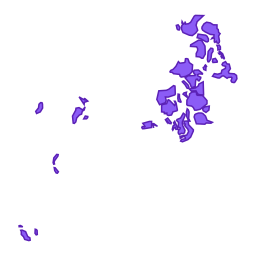 Sinan-gun, South Jeolla, South Korea
{"feature_id": "91817680B46467557111645", "entity_name": "Sinan-gun", "entity_type": "district", "adm_level": 2, "iso_a3": "KOR", "parent_name": "South Korea", "parent_adm1": "South Jeolla", "projection": "orthographic", "projection_center": [125.994, 34.593], "detail": "fine", "context": "isolated", "style": "filled", "palette": "violet", "viewbox_px": 256, "rotation_deg": 0, "n_neighbors": 0, "source": "geoboundaries", "source_scale": "gbopen_adm2", "svg_char_len": 5817}
<svg xmlns="http://www.w3.org/2000/svg" viewBox="0 0 256 256"><path d="M197.2,95.3L196.5,94.2L196.5,92.6L195.7,91.8L191.9,92.1L189.6,93.9L189.4,95.8L186.9,100.2L186.8,104.6L187.4,105.4L191.7,106.1L193.3,107.5L194.6,110.1L196.2,110.2L200.2,109.3L207.0,103.8L207.0,100.6L203.3,96.3L202.3,95.5L197.2,95.3ZM189.3,62.6L188.0,59.0L186.9,58.6L185.5,58.7L185.0,62.2L183.8,62.7L179.9,63.2L178.4,61.6L175.9,66.3L173.3,69.2L170.8,70.4L170.0,71.5L170.2,72.2L172.3,72.4L173.5,73.7L179.5,74.4L180.2,76.4L181.2,77.1L185.5,76.4L189.6,74.4L192.1,71.7L192.6,64.9L189.3,62.6ZM196.1,25.2L197.1,21.7L203.5,15.6L195.3,15.4L194.2,16.2L190.6,22.3L188.5,23.7L185.6,24.1L185.2,21.6L184.7,23.5L183.6,24.1L182.1,21.5L181.9,23.0L182.7,24.4L181.7,25.9L181.5,29.1L183.0,32.5L189.3,35.2L192.3,35.6L195.7,33.0L197.7,30.3L196.1,25.2ZM217.0,24.9L213.3,24.8L210.3,22.9L206.6,22.2L204.0,23.8L202.0,27.0L201.9,28.6L202.6,30.1L205.0,31.8L210.2,34.4L214.0,34.8L213.9,37.2L212.4,37.5L211.7,38.7L213.5,38.0L214.3,38.4L214.3,41.8L214.9,42.4L216.4,41.3L217.0,42.9L218.3,43.3L219.2,42.6L219.5,41.1L218.6,36.0L220.1,33.6L218.7,32.5L218.2,29.5L217.0,28.6L217.0,24.9ZM175.3,94.0L175.0,86.1L173.6,85.6L168.7,89.3L166.3,90.3L158.8,90.8L156.8,99.4L159.6,104.7L165.2,102.8L166.2,100.3L165.4,97.0L168.2,97.1L174.8,94.9L175.3,94.0ZM227.0,63.9L225.5,61.6L222.9,62.9L222.0,64.6L222.7,65.6L225.6,66.3L225.4,68.4L221.9,70.2L221.2,73.2L217.6,74.2L214.3,73.6L212.5,76.3L218.0,78.0L219.6,78.0L222.2,76.0L223.6,75.9L227.1,78.3L228.2,77.5L231.4,77.2L232.0,77.9L231.0,80.8L231.9,82.2L234.1,82.6L235.1,81.9L236.9,78.8L236.5,75.4L234.3,73.8L229.1,73.4L228.4,71.8L230.4,68.7L229.2,64.1L227.0,63.9ZM174.6,105.5L169.5,100.3L168.2,99.7L166.6,103.7L162.2,104.6L161.6,105.6L161.6,111.9L164.2,112.2L164.3,113.3L165.9,113.2L165.3,113.7L166.9,113.8L167.3,115.0L168.6,115.5L171.5,115.0L173.0,111.8L176.9,110.8L177.4,110.1L176.1,103.0L175.2,101.2L174.4,101.2L175.2,102.9L175.2,104.5L174.6,105.5ZM205.0,46.1L201.7,40.5L198.7,40.1L190.7,44.8L190.5,46.4L196.6,46.8L197.6,48.5L197.7,50.3L196.2,53.5L196.2,56.6L199.5,56.9L201.8,58.3L203.0,58.2L205.3,54.1L205.0,46.1ZM202.5,73.4L198.4,70.0L194.2,70.2L193.6,71.2L193.6,72.9L195.2,74.6L195.0,75.5L188.0,75.8L185.2,77.9L190.0,83.7L191.4,87.4L192.5,87.4L195.2,86.5L195.6,81.1L196.2,79.3L197.3,79.1L198.3,80.8L199.1,80.9L200.6,78.6L200.8,77.3L197.9,75.9L197.4,74.7L199.1,73.9L202.4,74.1L202.5,73.4ZM212.4,122.3L207.1,120.3L205.5,116.1L202.8,113.5L201.3,113.0L198.5,113.0L195.7,114.0L194.8,114.7L194.1,117.0L196.4,123.8L204.9,124.2L206.2,123.0L211.0,123.2L212.4,122.3ZM190.6,137.2L193.3,131.1L193.4,129.8L188.6,124.7L188.3,121.6L187.3,121.0L184.2,121.2L184.0,123.8L185.3,124.1L184.8,125.7L187.8,129.1L188.6,131.6L186.7,135.1L180.0,136.3L180.3,138.2L183.1,136.6L184.6,136.6L185.4,137.8L185.4,138.7L181.4,139.5L180.6,141.1L182.5,141.8L187.9,139.6L190.6,137.2ZM184.5,132.7L185.0,130.3L182.8,125.8L182.3,123.2L182.4,121.8L185.0,115.7L185.0,114.4L183.3,113.2L180.6,118.0L177.0,119.5L176.6,120.5L178.6,122.5L178.1,126.8L180.2,127.9L180.0,129.0L178.5,130.1L178.2,132.8L178.7,133.9L179.4,134.5L181.3,133.3L183.4,133.7L184.5,132.7ZM203.6,94.9L203.2,81.8L198.8,84.1L198.4,85.8L195.5,87.9L189.4,89.0L191.1,91.0L196.0,90.8L197.7,93.9L199.5,94.7L203.6,94.9ZM84.1,110.1L85.1,106.8L83.3,109.4L82.1,109.5L79.0,107.6L76.0,108.2L75.7,110.2L72.5,116.1L73.2,123.1L74.3,123.4L75.8,121.9L76.7,118.0L79.4,115.0L81.6,114.1L82.3,111.2L84.1,110.1ZM205.7,35.2L198.1,34.1L197.1,37.7L200.7,38.7L205.9,41.7L207.3,41.9L208.3,41.2L208.5,39.0L207.1,36.3L205.7,35.2ZM28.9,240.6L30.2,240.2L29.9,237.8L27.7,236.5L25.6,231.6L22.1,230.1L20.7,230.3L21.3,231.6L21.3,234.5L23.5,236.7L24.7,239.4L28.9,240.6ZM151.6,127.5L151.6,121.4L149.5,121.4L142.8,123.3L145.0,126.4L144.6,126.9L142.3,126.5L141.8,127.6L142.5,128.7L144.0,128.7L151.6,127.5ZM208.8,61.9L210.9,59.1L211.6,53.5L213.0,51.4L213.0,49.0L212.3,48.4L210.7,48.2L208.2,51.4L207.4,59.7L207.9,61.7L208.8,61.9ZM36.6,113.5L40.3,111.9L42.6,108.1L42.5,104.0L42.0,102.7L40.6,102.6L39.0,104.2L38.5,107.9L35.7,111.4L36.6,113.5ZM206.0,112.4L208.9,110.1L209.3,106.1L204.8,106.9L202.5,108.7L203.3,110.8L206.0,112.4ZM189.9,121.1L188.7,118.5L189.1,112.0L188.3,109.8L187.2,108.8L186.4,112.0L186.7,116.6L188.8,121.1L189.9,121.1ZM178.1,129.2L174.7,121.3L173.6,122.7L174.5,124.9L173.1,125.9L172.3,129.3L172.8,130.2L174.3,127.6L175.2,127.3L175.9,129.4L178.1,129.2ZM85.8,100.2L82.3,98.8L79.1,96.9L84.1,104.5L84.4,102.3L87.8,101.1L85.0,98.7L84.0,98.4L85.8,100.2ZM188.5,88.5L189.0,87.4L188.0,84.9L184.1,81.1L183.3,80.9L182.3,81.8L185.0,84.7L187.1,88.2L188.5,88.5ZM54.5,164.0L54.1,162.2L54.6,160.7L57.9,156.1L58.2,154.6L56.7,154.4L53.8,157.9L53.1,162.6L53.7,164.2L54.5,164.0ZM171.3,122.7L167.7,118.1L165.4,119.7L167.2,122.5L167.4,121.4L169.0,123.4L171.0,123.7L171.3,122.7ZM181.1,101.9L179.5,97.8L179.4,94.4L178.1,94.1L177.8,98.3L178.3,101.2L180.4,102.2L181.1,101.9ZM222.6,53.7L219.7,51.3L219.2,51.6L219.7,53.1L218.6,53.2L219.5,54.4L220.7,54.0L221.8,54.7L221.1,55.9L222.4,56.0L221.4,57.1L221.7,57.9L222.8,57.7L224.0,58.8L224.4,58.2L222.6,53.7ZM217.1,62.2L217.3,61.2L215.4,58.4L212.9,59.0L212.5,61.6L213.0,62.5L217.1,62.2ZM179.4,29.9L179.9,27.3L178.1,24.8L176.3,25.4L177.1,29.0L178.1,29.9L179.4,29.9ZM217.9,50.0L220.4,49.4L220.4,46.9L219.3,45.1L216.9,45.3L217.8,47.2L217.9,50.0ZM58.4,171.8L55.2,167.8L54.2,167.6L54.7,170.6L56.2,173.0L57.4,173.2L58.4,171.8ZM37.3,234.5L37.1,230.4L36.5,229.6L35.2,229.2L35.0,233.3L36.2,234.9L37.3,234.5ZM205.8,70.3L205.9,67.3L206.6,66.4L205.5,64.9L204.8,65.5L205.2,66.2L203.2,67.5L203.8,69.5L205.8,70.3ZM186.9,97.1L187.2,96.2L186.0,94.2L186.5,92.2L184.0,92.9L183.0,94.1L186.9,97.1ZM86.6,118.8L87.7,117.6L87.8,116.5L85.3,116.0L83.7,118.9L86.6,118.8ZM153.8,123.6L152.7,123.7L153.7,127.9L153.0,124.4L157.5,126.3L153.8,123.6ZM22.8,226.8L20.5,225.5L19.1,225.7L19.1,226.7L22.8,226.8Z" fill="#8b5cf6" stroke="#5b21b6" stroke-width="1.5"/></svg>